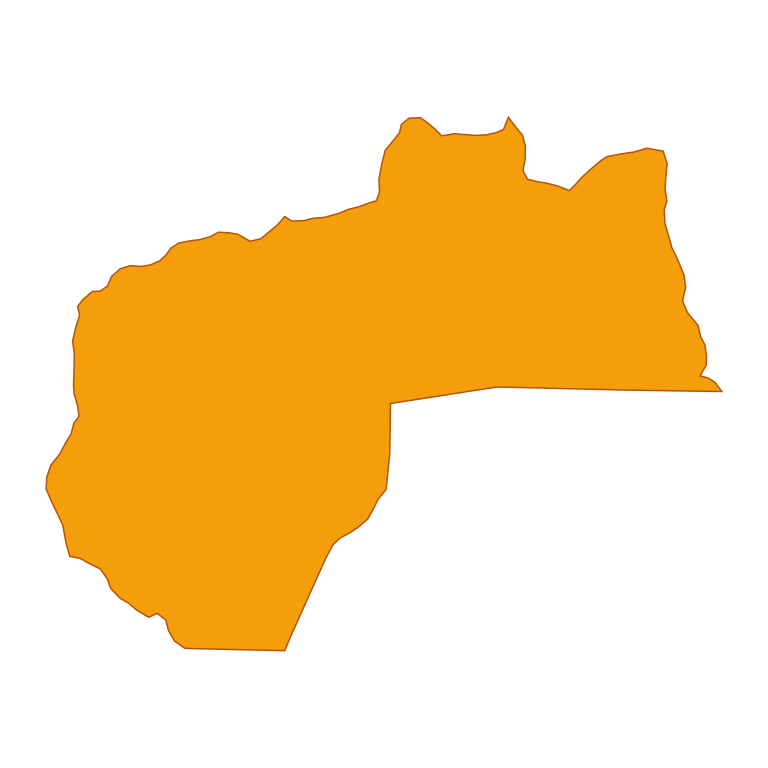 Corumbataí, São Paulo, Brazil (orthographic projection)
{"feature_id": "56859067B67739189457030", "entity_name": "Corumbataí", "entity_type": "district", "adm_level": 2, "iso_a3": "BRA", "parent_name": "Brazil", "parent_adm1": "São Paulo", "projection": "orthographic", "projection_center": [-47.609, -22.243], "detail": "fine", "context": "isolated", "style": "filled", "palette": "amber", "viewbox_px": 768, "rotation_deg": 0, "n_neighbors": 0, "source": "geoboundaries", "source_scale": "gbopen_adm2", "svg_char_len": 1857}
<svg xmlns="http://www.w3.org/2000/svg" viewBox="0 0 768 768"><path d="M74.0,371.6L73.5,385.3L74.3,394.6L77.7,406.0L79.0,416.4L74.0,422.7L71.1,434.0L65.6,442.9L59.9,453.8L50.9,465.1L46.9,476.7L46.1,489.0L51.1,500.6L57.6,514.1L62.7,525.0L66.4,544.5L69.9,556.4L79.9,558.3L88.2,562.9L100.3,569.0L107.4,579.0L110.7,588.5L120.4,598.5L128.2,602.9L136.7,610.1L148.7,617.3L157.0,613.3L165.8,620.0L168.4,630.5L174.6,641.2L185.0,648.4L284.7,650.7L290.6,636.6L325.5,558.8L333.0,544.7L340.1,538.0L350.1,532.6L358.2,527.2L367.8,518.9L374.0,507.7L377.7,499.8L386.1,489.4L389.7,454.1L390.2,425.6L390.5,403.5L470.9,391.0L497.1,387.0L631.5,390.2L721.9,391.5L714.9,382.2L708.1,378.0L700.0,375.9L706.2,365.3L706.5,355.5L704.9,344.8L700.8,337.1L697.9,325.3L687.5,312.6L682.5,300.9L685.7,287.5L684.1,275.2L676.2,256.2L672.0,248.1L669.2,237.8L665.0,223.7L664.2,209.5L666.9,201.2L665.0,188.8L665.8,177.5L667.1,163.8L663.2,151.2L647.1,148.2L634.1,152.0L621.1,153.9L607.0,156.6L600.6,160.8L590.7,169.2L581.6,177.5L575.5,184.5L569.4,190.5L557.3,185.9L546.4,183.1L536.5,181.5L527.5,179.2L523.0,170.6L525.1,159.2L525.4,146.2L522.5,135.3L516.0,127.4L508.4,117.3L503.5,129.5L496.3,132.6L485.9,134.9L474.5,135.4L454.7,133.7L441.7,135.8L434.5,128.6L426.7,122.2L420.4,117.7L409.1,118.2L401.5,124.2L399.5,132.6L393.2,140.7L385.2,150.3L381.9,163.3L379.0,179.0L379.5,192.5L376.4,200.8L367.8,203.4L357.7,207.1L348.1,209.4L339.3,213.2L324.2,217.4L313.1,218.3L303.9,220.6L291.7,221.0L284.7,216.6L277.2,225.2L271.2,230.1L260.9,238.7L250.0,241.3L237.5,234.1L227.9,232.7L218.6,232.2L210.0,236.8L199.9,239.6L190.3,240.8L178.6,243.1L171.0,248.1L166.1,254.9L159.9,260.7L150.7,264.8L141.1,266.5L130.7,265.6L120.2,268.8L111.5,276.5L107.6,286.0L100.3,291.0L92.3,291.5L82.5,299.9L77.7,306.4L79.6,315.2L75.6,328.0L72.6,341.0L74.3,353.7L74.0,371.6Z" fill="#f59e0b" stroke="#b45309" stroke-width="1.5"/></svg>